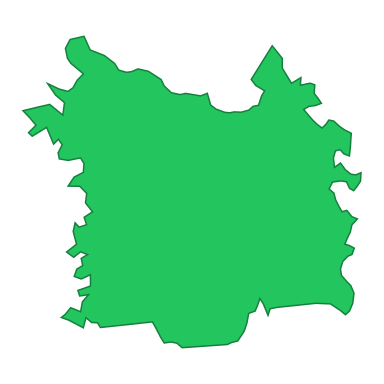 Tapejara, Rio Grande do Sul, Brazil (Equal Earth projection)
{"feature_id": "56859067B25577856249744", "entity_name": "Tapejara", "entity_type": "district", "adm_level": 2, "iso_a3": "BRA", "parent_name": "Brazil", "parent_adm1": "Rio Grande do Sul", "projection": "equal_earth", "projection_center": [-52.006, -28.054], "detail": "fine", "context": "isolated", "style": "filled", "palette": "green", "viewbox_px": 384, "rotation_deg": 0, "n_neighbors": 0, "source": "geoboundaries", "source_scale": "gbopen_adm2", "svg_char_len": 2303}
<svg xmlns="http://www.w3.org/2000/svg" viewBox="0 0 384 384"><path d="M231.8,342.4L237.7,341.0L240.6,336.7L244.3,331.0L246.9,323.1L248.7,313.4L255.1,311.1L257.5,305.5L259.9,298.6L263.2,303.6L268.0,315.3L270.2,308.7L277.8,307.3L315.8,303.3L330.5,303.9L340.4,310.5L345.4,314.7L349.5,311.1L352.7,303.4L354.0,293.2L350.8,285.6L346.8,281.6L341.4,275.3L340.5,268.9L342.8,261.4L347.9,256.2L352.0,254.5L354.3,248.2L349.6,245.6L344.9,244.2L347.5,237.8L350.3,232.1L351.9,224.9L357.4,218.9L351.9,216.7L346.8,210.4L342.1,211.7L339.0,206.6L335.7,200.0L333.9,193.1L329.1,189.0L332.5,182.1L340.7,180.9L346.5,181.8L349.6,188.4L353.6,190.7L356.7,186.9L360.5,181.2L361.0,172.7L355.7,174.9L351.0,174.2L345.4,169.8L340.5,163.0L334.5,167.4L333.4,158.2L335.4,150.9L340.2,149.7L343.7,153.8L349.4,156.0L350.4,147.1L350.8,139.9L351.3,133.3L344.4,129.8L339.3,126.2L333.8,121.1L328.9,120.0L325.8,124.4L322.1,128.0L317.4,124.6L313.0,120.4L308.9,115.7L303.7,109.5L309.1,106.3L315.5,105.5L321.4,103.3L318.1,98.4L314.2,93.4L314.8,84.8L310.1,83.2L300.4,85.2L300.9,77.6L291.5,83.3L282.3,68.1L282.3,58.4L272.2,45.8L251.2,79.5L255.8,85.5L264.6,90.8L261.5,96.1L258.5,105.3L253.1,106.3L248.8,110.1L241.2,112.2L234.2,111.9L229.7,112.8L224.7,112.3L216.0,109.1L210.6,104.9L207.3,93.3L200.7,95.9L185.7,93.4L180.2,94.6L171.3,92.7L164.2,86.0L161.1,79.5L148.4,71.3L138.0,68.9L131.4,71.7L126.4,72.3L118.7,70.1L114.7,63.5L104.3,55.5L90.2,50.0L84.0,36.3L70.1,39.5L65.4,48.4L67.5,58.4L70.8,63.3L83.4,73.9L77.2,80.2L73.0,87.8L67.8,91.4L59.0,89.0L47.7,83.6L55.5,95.0L64.5,102.7L62.8,115.1L49.7,104.4L36.2,107.5L23.0,110.7L29.6,117.6L36.0,125.2L28.5,132.7L32.2,136.2L46.6,127.4L53.6,144.1L58.4,139.3L62.2,144.7L58.1,152.9L59.3,158.9L68.3,160.4L80.5,157.9L84.0,163.6L83.3,172.4L74.1,177.1L68.1,186.1L79.8,186.3L86.7,193.4L85.5,202.9L92.5,211.8L84.1,217.3L86.6,224.7L79.1,227.1L75.1,222.8L73.2,231.5L76.5,244.2L66.6,252.0L73.7,257.3L80.6,251.8L87.6,254.6L81.2,258.4L82.7,265.5L76.8,269.1L74.2,276.5L81.3,279.0L90.4,274.7L90.5,286.0L77.9,290.4L79.7,296.0L88.6,294.6L82.4,301.8L80.6,311.7L70.7,307.7L65.3,314.3L61.3,317.5L68.6,320.1L83.3,327.8L86.0,317.7L91.6,322.5L97.5,322.8L100.4,327.5L152.4,321.9L156.1,328.4L160.6,337.2L164.2,343.0L170.8,342.0L177.0,343.2L182.1,347.7L227.4,344.5L231.8,342.4Z" fill="#22c55e" stroke="#15803d" stroke-width="1.5"/></svg>